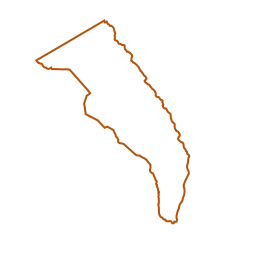 the district of Buriticupu, Maranhão, Brazil, rotated 149°
{"feature_id": "56859067B77921230498574", "entity_name": "Buriticupu", "entity_type": "district", "adm_level": 2, "iso_a3": "BRA", "parent_name": "Brazil", "parent_adm1": "Maranhão", "projection": "natural_earth1", "projection_center": [-46.359, -4.421], "detail": "fine", "context": "isolated", "style": "outline", "palette": "amber", "viewbox_px": 256, "rotation_deg": 149, "n_neighbors": 0, "source": "geoboundaries", "source_scale": "gbopen_adm2", "svg_char_len": 4632}
<svg xmlns="http://www.w3.org/2000/svg" viewBox="0 0 256 256"><g transform="rotate(149 128 128)"><path d="M134.6,22.8L134.0,23.3L133.6,23.7L133.0,24.2L132.9,25.0L132.8,25.8L132.2,26.9L131.6,27.7L130.5,28.9L129.8,29.7L128.6,30.8L128.1,31.3L127.5,31.8L127.0,32.2L126.3,32.6L125.7,33.0L125.0,33.7L124.7,34.3L123.2,35.6L121.5,36.5L120.6,36.7L119.9,37.1L119.3,37.6L118.7,37.8L117.9,38.6L117.5,39.2L116.9,39.8L115.9,40.5L115.4,41.0L114.3,41.8L113.8,42.5L113.3,43.0L112.8,43.7L112.1,44.6L111.3,46.2L110.9,47.1L110.8,47.9L110.5,48.8L110.0,49.7L109.7,50.4L109.0,50.9L108.3,51.5L107.1,52.5L106.3,53.1L105.3,53.8L104.5,54.2L103.6,54.8L103.0,55.2L101.6,56.1L101.0,56.7L99.7,57.2L99.2,57.9L98.7,58.8L98.4,59.7L98.3,60.5L98.2,61.4L98.0,62.7L97.5,64.0L96.6,65.4L96.2,65.9L95.6,66.3L95.0,66.9L94.2,67.8L93.1,69.2L92.6,69.9L92.3,70.5L91.6,71.2L90.2,72.1L89.7,73.1L90.0,74.2L90.4,75.2L90.3,76.2L89.7,77.0L89.8,77.7L90.2,78.5L89.8,79.9L90.1,82.1L89.8,83.3L89.4,84.4L89.0,85.1L88.7,85.8L88.7,86.7L88.8,87.6L89.5,88.3L90.0,89.5L90.7,91.3L90.8,92.2L90.6,93.1L89.7,93.7L89.1,94.2L88.4,94.3L87.9,94.6L87.4,95.1L86.9,96.0L87.0,97.1L86.9,98.2L87.0,99.2L87.8,99.9L88.1,100.7L88.0,102.0L88.0,103.0L87.9,103.8L87.5,104.9L86.6,106.3L86.0,107.3L86.0,108.1L86.4,108.9L86.6,109.9L86.9,110.5L86.9,111.6L86.6,112.4L86.1,114.2L85.6,115.4L85.3,116.3L84.7,117.0L84.5,117.8L84.6,119.0L84.9,119.8L85.4,121.1L85.5,122.2L85.5,123.3L85.2,124.3L85.4,125.1L86.6,126.0L87.1,127.1L86.8,129.5L85.7,129.7L85.3,132.5L84.3,133.4L84.4,134.1L84.8,134.6L85.4,135.1L85.8,138.7L86.7,139.4L87.2,140.0L87.5,140.8L87.5,141.6L86.9,142.4L86.2,143.8L86.2,145.0L86.0,145.9L86.2,146.7L86.4,147.8L86.7,148.3L87.0,148.9L87.2,150.7L87.3,151.4L87.5,152.3L87.4,153.4L87.5,154.2L88.7,155.5L89.0,156.8L89.4,157.7L89.6,158.7L89.7,159.5L89.3,160.0L87.9,160.2L86.9,160.6L86.5,161.5L86.5,162.6L86.6,163.2L86.8,163.9L87.2,164.9L87.2,166.0L87.1,166.9L87.3,167.8L87.5,168.5L87.3,169.2L87.5,170.0L87.9,170.6L87.7,172.1L87.7,173.4L87.5,174.2L87.6,175.3L87.8,176.3L88.1,177.6L88.5,178.9L89.1,180.6L89.8,181.3L89.9,182.3L90.1,183.2L90.6,184.0L89.3,185.6L88.9,186.1L88.4,186.6L87.4,187.4L87.1,188.3L87.1,189.1L87.4,190.1L87.6,191.2L88.1,191.9L88.3,193.0L88.9,193.6L89.5,193.7L89.6,195.7L89.8,196.4L89.9,197.1L89.7,198.1L89.1,199.2L88.5,200.2L88.5,200.9L89.2,201.5L90.2,202.1L90.6,202.7L91.3,204.1L92.2,204.6L92.5,205.3L92.5,206.0L92.3,206.9L92.3,207.6L92.7,208.7L93.8,209.8L93.8,210.8L92.5,212.4L92.0,213.8L91.6,214.4L90.8,214.9L90.3,215.5L89.9,216.3L90.0,217.4L89.4,218.9L88.9,220.8L88.9,222.0L89.4,223.6L89.7,224.3L90.5,224.6L91.1,225.1L90.9,226.1L91.1,226.8L91.7,227.5L91.7,228.6L91.5,230.1L92.5,230.0L93.5,230.4L93.3,231.5L93.0,232.3L140.6,232.8L171.7,233.2L171.7,232.1L171.1,229.7L170.4,229.4L170.3,228.7L169.4,227.9L168.9,227.5L168.9,225.2L168.6,223.3L168.0,222.6L167.3,222.2L166.9,221.0L166.3,220.0L165.4,219.5L163.8,219.2L162.8,219.3L162.9,218.3L162.8,217.6L160.9,216.5L158.7,215.1L156.7,213.8L154.9,212.6L152.2,211.0L149.8,209.5L148.0,208.1L146.6,200.7L146.2,198.3L146.0,197.5L145.8,196.5L145.7,195.7L145.4,194.0L144.1,187.3L144.0,186.6L143.8,185.6L143.4,183.6L142.9,180.5L142.5,177.3L143.7,177.0L146.8,176.9L152.0,172.5L153.1,171.4L154.0,169.2L154.5,167.6L155.4,165.9L156.0,164.1L157.1,161.8L155.8,159.5L155.4,158.8L155.0,158.2L154.4,157.1L153.7,156.1L150.8,151.4L149.9,149.9L149.6,148.8L149.4,147.2L147.9,140.2L144.9,139.7L141.6,133.8L141.8,132.9L142.1,129.1L142.3,128.2L142.6,127.7L142.5,126.7L142.4,125.1L142.2,123.4L142.6,122.6L143.2,122.0L143.5,121.3L143.6,120.5L143.2,119.8L142.8,119.1L141.4,118.1L139.9,116.4L139.1,113.7L138.8,112.9L138.4,111.6L137.7,109.1L136.9,106.7L135.3,101.5L134.9,100.3L134.1,99.8L133.6,99.3L133.0,98.9L132.4,98.5L131.8,97.7L131.5,96.4L131.1,95.7L130.5,95.0L129.5,93.5L129.0,92.0L128.5,91.3L128.5,90.5L128.3,88.9L128.0,86.8L127.8,86.0L127.8,84.7L128.4,83.8L128.8,83.0L129.2,82.3L130.6,81.1L131.1,80.2L131.2,79.2L131.3,78.3L130.9,77.4L130.2,76.6L130.0,75.8L130.1,75.0L130.6,72.8L130.6,71.6L130.8,70.8L131.1,68.8L130.9,67.8L131.3,66.7L132.2,66.1L132.7,65.7L132.8,64.8L132.5,64.1L133.1,63.1L133.4,62.4L133.5,60.9L134.2,59.6L134.5,58.4L134.3,57.7L134.4,57.0L135.5,56.7L135.7,55.4L136.4,54.6L136.8,54.0L137.4,53.3L137.7,52.5L137.9,51.6L138.7,50.7L139.1,49.6L140.0,48.4L140.3,47.6L141.4,47.0L141.7,46.0L142.0,45.1L142.4,44.6L142.7,43.4L143.5,42.4L144.5,40.3L145.5,38.4L145.8,37.4L145.8,36.2L145.9,35.5L145.6,34.7L145.1,34.0L144.8,33.3L144.7,32.4L144.6,31.7L144.0,30.6L143.1,30.2L143.3,29.5L143.1,28.3L141.8,27.4L140.1,26.7L139.2,25.9L139.1,24.8L139.1,23.9L138.8,23.3L138.3,22.9L137.5,23.0L136.6,23.9L135.6,23.2L134.6,22.8Z" fill="none" stroke="#b45309" stroke-width="2"/></g></svg>